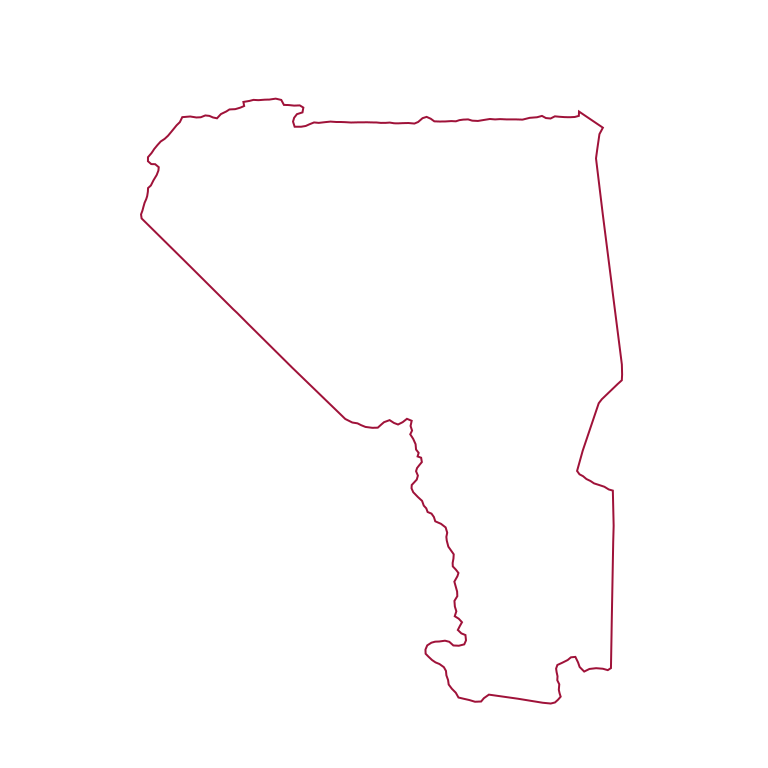 the district of Quijingue, Bahia, Brazil, rotated 99°
{"feature_id": "56859067B85508480609992", "entity_name": "Quijingue", "entity_type": "district", "adm_level": 2, "iso_a3": "BRA", "parent_name": "Brazil", "parent_adm1": "Bahia", "projection": "natural_earth1", "projection_center": [-39.021, -10.812], "detail": "fine", "context": "isolated", "style": "outline", "palette": "rose", "viewbox_px": 768, "rotation_deg": 99, "n_neighbors": 0, "source": "geoboundaries", "source_scale": "gbopen_adm2", "svg_char_len": 3500}
<svg xmlns="http://www.w3.org/2000/svg" viewBox="0 0 768 768"><g transform="rotate(99 384 384)"><path d="M258.4,649.3L295.9,597.0L333.7,544.7L336.6,540.4L346.1,527.4L382.1,477.4L424.6,416.8L427.0,409.3L427.0,404.0L428.2,400.3L429.3,395.6L429.1,388.7L428.1,383.3L424.4,380.3L421.7,378.0L418.8,372.8L420.9,368.1L421.8,363.8L418.8,359.6L414.8,355.9L416.0,350.9L421.3,351.2L425.6,349.0L429.6,350.2L433.6,346.6L438.5,343.4L443.7,342.1L446.6,339.0L450.3,339.5L451.0,335.8L455.2,334.4L458.4,336.3L461.8,338.2L465.1,338.7L469.2,336.2L473.3,336.7L476.6,338.9L479.4,340.8L482.7,340.5L486.3,338.2L490.3,332.9L493.5,328.1L497.9,325.7L500.2,322.8L503.6,320.9L504.6,316.8L507.6,313.9L511.6,311.9L513.2,305.8L516.0,300.7L521.0,298.3L525.3,298.5L528.9,297.5L534.6,295.0L538.1,291.6L541.3,288.5L545.5,288.1L550.1,288.2L553.4,287.5L556.1,284.0L559.0,280.9L562.3,281.4L568.2,283.6L573.0,281.4L577.6,279.3L582.1,278.4L587.2,280.5L592.7,279.2L597.2,277.0L602.3,277.8L604.1,273.5L607.1,269.7L611.1,271.2L615.4,272.6L618.2,268.6L619.2,264.3L624.4,262.9L628.6,264.0L630.8,269.1L631.4,274.6L628.4,279.2L628.0,283.6L629.7,289.2L630.5,293.2L632.1,296.7L635.4,300.4L639.8,301.5L643.9,300.7L646.3,297.5L649.1,293.4L650.9,289.6L651.9,285.4L654.3,280.6L657.7,277.9L662.0,276.8L666.4,274.4L670.7,273.1L674.4,269.3L677.7,264.8L682.0,261.4L682.4,256.3L682.8,250.3L683.6,244.4L682.4,238.4L678.7,236.2L674.4,231.8L673.9,202.7L674.0,177.3L673.5,169.3L671.8,165.3L668.7,162.8L665.2,160.6L662.0,162.2L658.7,163.5L653.2,163.9L649.5,166.5L645.5,166.9L641.7,168.4L638.2,169.5L634.4,168.8L631.4,164.3L627.9,159.4L624.7,156.6L623.6,152.3L628.6,148.8L632.9,146.5L636.7,141.3L633.3,136.5L631.5,130.0L631.0,123.3L631.6,118.2L629.1,115.4L597.1,119.9L583.0,121.9L555.0,125.8L504.2,132.9L488.1,135.0L453.5,141.3L453.0,145.5L451.0,150.3L450.0,156.4L449.3,161.0L447.5,164.9L446.2,169.2L443.9,173.0L442.6,176.8L439.7,179.7L418.8,177.3L369.4,168.9L365.0,166.5L347.7,153.4L343.1,149.7L337.4,150.3L327.6,152.1L315.2,155.7L258.0,172.4L248.2,175.2L182.0,194.5L128.0,209.9L118.5,210.1L103.5,210.3L96.6,207.9L84.4,234.0L88.7,233.5L90.4,237.3L91.3,241.5L92.1,246.8L92.6,252.4L92.9,257.1L95.7,261.0L96.0,265.7L94.5,269.9L96.6,274.6L98.3,281.7L101.2,288.5L102.1,295.7L103.4,303.6L104.2,310.7L105.3,315.7L105.7,320.9L107.4,326.1L109.5,332.4L110.1,338.1L109.5,342.3L110.5,347.2L111.6,350.8L113.3,354.1L113.8,358.7L115.2,365.0L116.1,370.5L116.7,375.4L114.7,379.3L113.5,383.7L115.4,387.5L119.9,391.3L122.0,394.7L122.4,400.7L123.4,406.2L124.3,410.6L124.9,414.7L124.9,419.2L125.9,423.6L126.6,427.9L126.9,432.6L127.5,436.6L128.1,441.3L129.1,447.4L129.7,451.0L130.9,457.5L131.4,462.8L132.0,467.8L132.7,472.3L133.2,477.9L134.6,483.2L136.3,489.3L136.6,494.0L139.1,498.2L141.4,501.7L142.9,506.2L143.9,512.5L139.1,514.9L135.1,514.4L131.1,512.2L128.5,507.0L123.6,506.9L122.0,510.8L123.1,516.3L123.4,521.8L124.0,526.5L119.5,529.9L119.1,535.6L121.0,541.7L121.8,546.1L123.3,552.4L123.8,557.4L125.5,561.3L127.4,567.0L131.3,565.6L133.5,569.1L135.8,573.9L137.0,579.6L139.5,582.4L142.9,587.3L147.7,590.5L147.5,594.6L146.5,598.4L146.7,602.5L149.2,606.7L150.1,611.0L150.1,617.3L152.0,625.0L157.3,626.6L160.9,629.3L164.7,631.5L169.3,634.2L172.5,636.1L176.2,639.0L179.4,642.5L183.4,645.1L187.8,647.7L192.2,649.7L196.9,652.6L200.9,652.0L203.2,648.3L202.7,644.4L205.1,640.4L208.4,640.2L213.1,641.2L219.0,643.6L224.4,645.3L227.4,647.7L231.0,647.3L235.5,647.3L238.7,647.8L242.4,648.8L246.5,649.3L250.4,649.7L254.5,650.5L258.4,649.3Z" fill="none" stroke="#9f1239" stroke-width="2"/></g></svg>